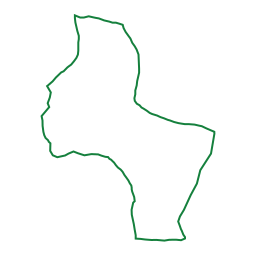 Etsako Central, Edo, Nigeria (Robinson projection)
{"feature_id": "59680162B80670265641804", "entity_name": "Etsako Central", "entity_type": "district", "adm_level": 2, "iso_a3": "NGA", "parent_name": "Nigeria", "parent_adm1": "Edo", "projection": "robinson", "projection_center": [6.506, 6.978], "detail": "fine", "context": "isolated", "style": "outline", "palette": "green", "viewbox_px": 256, "rotation_deg": 0, "n_neighbors": 0, "source": "geoboundaries", "source_scale": "gbopen_adm2", "svg_char_len": 2013}
<svg xmlns="http://www.w3.org/2000/svg" viewBox="0 0 256 256"><path d="M214.3,131.8L206.4,128.4L204.3,127.4L201.8,126.2L198.9,125.6L198.5,125.5L194.6,124.6L188.4,124.1L184.6,124.1L181.3,123.6L178.4,123.1L174.1,122.0L169.8,120.4L167.9,119.9L164.0,118.3L160.7,117.2L158.7,116.3L157.3,115.6L152.1,114.0L149.7,112.9L146.8,110.7L143.5,108.6L141.5,107.5L139.6,105.3L136.8,103.7L134.8,100.9L134.4,98.2L135.3,94.3L135.3,92.4L135.3,90.4L135.6,89.4L136.7,85.4L137.2,81.0L138.1,77.1L139.1,72.7L139.1,71.3L139.1,68.8L139.0,66.1L138.5,54.5L136.6,49.5L135.6,47.8L135.0,46.7L134.8,46.4L134.7,46.2L132.3,42.9L131.9,42.0L130.4,38.5L128.4,35.8L125.6,31.9L123.6,28.1L122.7,24.8L119.3,23.7L116.0,22.7L112.6,22.7L109.3,21.6L104.1,20.4L103.1,20.0L98.8,18.4L95.9,17.9L93.5,17.4L88.7,16.3L84.0,17.5L80.1,17.5L74.9,15.4L74.9,18.1L75.4,22.5L76.3,26.4L77.3,30.8L78.8,35.8L78.8,36.3L78.8,37.6L78.8,39.1L78.3,42.4L78.3,45.2L78.3,50.7L77.9,54.6L76.4,57.9L74.0,61.2L71.2,64.6L69.1,66.1L67.4,67.4L63.6,71.3L61.2,72.4L58.3,75.2L55.7,77.7L55.5,78.0L52.6,81.4L47.1,86.1L50.8,92.4L49.8,97.5L47.7,103.2L49.2,107.1L41.6,116.1L42.5,120.5L42.6,125.9L43.4,131.9L44.3,135.3L45.6,138.0L48.1,140.3L48.7,141.7L50.4,143.3L50.2,150.9L52.8,155.3L57.3,157.2L65.1,155.5L68.5,153.6L73.5,151.5L78.1,153.3L84.4,155.3L91.4,154.1L98.2,154.4L101.3,155.6L105.3,156.8L108.1,157.1L109.4,158.8L111.1,159.7L113.0,161.6L114.0,162.5L115.9,165.2L117.8,167.4L118.0,167.6L120.7,169.6L122.6,171.8L124.5,175.1L126.5,177.8L128.4,180.5L129.8,183.3L131.3,185.5L131.7,187.7L131.7,189.4L132.2,191.6L133.2,194.3L134.2,197.1L134.7,201.2L133.2,202.6L131.6,209.8L131.8,214.8L133.8,224.1L134.7,229.7L135.7,235.2L135.7,238.6L140.5,238.9L145.2,239.5L151.5,240.0L156.3,239.9L164.4,240.6L169.2,239.8L175.9,239.7L181.1,240.2L185.0,238.5L185.0,237.1L183.3,234.6L181.8,230.8L180.9,229.0L179.8,225.8L178.2,221.5L180.0,216.3L180.1,216.2L183.9,209.9L187.3,202.5L190.7,195.1L196.9,183.6L200.3,170.2L205.2,162.6L211.0,153.6L214.4,133.7L214.3,131.8Z" fill="none" stroke="#15803d" stroke-width="2"/></svg>